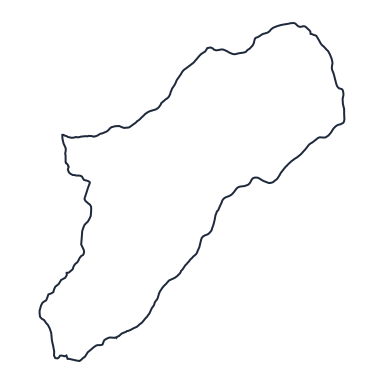 outline of Chomphet, Louangphrabang, Laos
{"feature_id": "54806243B51917372677648", "entity_name": "Chomphet", "entity_type": "district", "adm_level": 2, "iso_a3": "LAO", "parent_name": "Laos", "parent_adm1": "Louangphrabang", "projection": "equal_earth", "projection_center": [101.914, 19.859], "detail": "fine", "context": "isolated", "style": "outline", "palette": "slate", "viewbox_px": 384, "rotation_deg": 0, "n_neighbors": 0, "source": "geoboundaries", "source_scale": "gbopen_adm2", "svg_char_len": 5855}
<svg xmlns="http://www.w3.org/2000/svg" viewBox="0 0 384 384"><path d="M343.4,93.1L342.8,90.3L342.4,89.7L341.9,89.2L341.2,88.9L340.0,88.6L339.1,88.3L338.2,87.6L337.4,86.6L336.7,85.2L335.8,82.2L335.5,80.7L335.1,79.5L334.2,75.7L333.3,72.7L332.1,69.8L331.8,68.0L332.0,66.0L332.5,63.2L332.1,60.5L331.4,58.1L329.9,54.4L328.1,51.1L326.6,49.7L323.9,46.7L322.0,45.1L320.6,43.3L319.0,40.3L316.5,36.1L315.8,35.5L314.0,35.0L311.6,34.0L310.6,33.9L310.3,31.5L309.6,30.5L305.8,27.0L304.9,26.4L303.7,26.2L300.2,26.9L299.6,26.8L298.4,26.3L297.4,25.6L295.6,23.8L294.8,23.3L293.3,23.0L290.1,23.3L288.1,23.8L283.7,24.5L281.1,25.0L277.6,26.0L274.7,27.1L273.1,27.8L271.1,29.3L269.7,31.0L269.0,31.7L267.3,32.7L265.1,33.4L263.7,33.7L262.0,34.4L259.4,36.2L257.8,37.1L255.8,37.8L255.1,38.5L254.6,39.7L253.8,43.1L252.7,45.4L249.7,48.6L247.5,50.0L245.9,51.8L244.7,52.3L243.0,52.7L240.6,53.0L237.7,53.5L235.8,54.1L234.5,54.2L233.0,54.1L229.7,52.8L227.0,51.2L224.6,50.1L223.2,49.6L222.1,49.4L220.6,49.6L217.0,50.3L215.6,50.2L213.8,49.5L213.1,48.7L212.5,48.3L211.5,47.8L210.3,47.5L207.3,48.1L206.9,48.6L206.6,49.4L205.1,51.5L204.5,52.0L203.3,52.6L201.0,54.2L199.5,55.7L193.8,62.4L192.7,63.4L191.5,64.2L189.5,65.8L183.8,70.0L182.7,71.2L181.7,72.7L180.9,74.2L177.1,79.6L176.6,80.4L175.5,83.2L174.3,85.4L172.0,88.7L171.8,89.5L171.1,91.1L170.8,91.7L170.2,93.9L169.6,95.3L168.9,96.6L168.4,97.3L167.9,97.7L167.2,98.4L165.6,99.4L164.3,100.5L163.9,101.0L163.3,101.3L162.6,102.1L161.6,102.8L161.3,103.1L160.7,104.6L158.8,107.3L157.5,108.4L155.6,109.5L151.5,110.7L150.3,111.0L147.5,112.3L146.6,113.1L145.5,113.7L145.1,114.0L144.6,114.6L143.0,116.2L141.4,117.6L140.7,118.4L139.0,120.0L136.9,121.4L136.5,122.0L134.8,123.4L133.4,124.3L131.7,125.6L129.4,127.2L128.6,127.5L127.3,127.7L126.7,127.6L125.1,127.9L124.5,127.8L123.9,127.9L122.6,127.4L121.9,127.2L119.2,126.0L118.7,126.0L117.0,126.2L116.4,126.1L114.3,126.4L112.8,126.9L111.9,127.0L111.3,127.4L110.5,127.8L108.8,129.7L107.3,131.1L106.0,131.8L102.0,133.5L100.8,133.6L100.1,133.9L97.0,135.8L96.1,136.0L95.2,136.4L94.6,136.4L93.8,136.7L93.4,136.5L92.6,136.4L92.0,136.1L89.1,135.9L88.7,135.9L87.3,136.4L86.1,136.1L85.1,136.3L84.4,136.2L83.0,136.5L81.4,136.5L79.8,137.0L78.2,137.3L77.3,137.3L76.2,137.0L75.2,137.2L73.9,137.6L71.7,137.8L68.0,137.0L67.0,136.4L66.2,136.0L64.7,135.6L63.5,134.9L62.7,134.8L62.3,134.9L62.4,138.1L63.0,141.4L63.7,143.8L65.0,146.6L65.8,148.7L65.6,151.6L65.2,153.3L65.6,155.8L65.6,161.5L65.7,161.8L65.6,162.1L66.0,162.6L66.0,163.2L67.1,163.9L67.7,164.7L67.9,165.1L68.0,165.7L68.0,165.8L68.4,166.0L68.6,166.6L68.7,167.0L68.1,168.5L67.9,169.4L68.0,170.0L68.6,171.4L68.6,171.9L69.0,172.5L70.6,173.9L72.8,175.0L74.8,175.1L76.5,175.6L78.5,175.5L80.9,175.9L82.1,176.8L83.0,178.5L84.1,180.0L86.0,180.4L88.2,181.1L89.7,182.1L89.8,183.0L88.0,187.8L85.5,195.6L84.7,198.0L84.5,199.1L85.5,201.0L87.9,203.1L90.0,204.7L91.1,206.7L91.2,209.0L91.0,213.2L90.7,216.1L88.9,219.9L87.6,221.9L85.9,223.4L84.6,224.8L83.5,227.2L82.2,231.2L81.9,235.7L81.2,244.5L83.7,249.8L84.1,252.0L83.7,253.8L82.9,255.1L81.2,256.0L79.6,258.0L78.5,260.4L77.3,262.3L75.2,264.0L73.8,265.9L72.6,269.4L68.6,272.7L66.6,272.8L66.8,275.1L65.2,277.8L61.1,280.0L58.7,284.0L55.3,286.7L54.1,289.3L53.3,292.2L50.8,293.6L48.4,294.4L47.4,297.3L46.2,300.3L44.8,301.1L42.5,302.7L41.1,305.4L39.6,310.6L39.6,313.8L40.1,316.9L41.7,318.7L44.2,320.2L46.1,323.0L48.0,325.1L49.7,328.4L51.2,332.9L51.9,340.2L52.6,343.6L53.3,346.7L54.2,351.6L54.0,355.6L55.3,358.1L57.6,358.4L59.0,357.3L60.0,355.7L62.0,355.6L64.7,356.3L66.4,355.5L67.6,358.9L69.3,358.9L76.3,360.5L79.6,361.0L81.4,359.6L83.6,357.5L84.4,357.3L85.5,355.9L87.7,352.3L93.9,347.1L96.1,345.6L97.6,345.1L100.4,345.1L101.6,344.9L102.5,344.6L103.1,343.1L103.8,341.0L104.6,339.9L107.0,338.5L109.2,337.6L110.6,337.5L114.3,337.8L115.9,337.4L116.3,337.9L117.3,336.7L119.0,336.0L120.7,334.4L122.0,333.4L123.4,332.8L125.4,332.1L126.3,331.6L126.6,331.3L127.2,331.0L128.1,330.9L130.2,330.1L133.3,328.4L136.8,326.8L137.6,326.2L139.8,324.2L141.5,323.0L142.3,322.2L146.0,317.7L146.5,317.3L146.9,316.9L148.4,314.7L149.3,313.7L151.8,308.2L153.8,305.4L154.2,304.7L154.3,303.9L154.8,302.4L156.0,300.6L157.0,299.5L157.6,298.3L157.9,297.2L158.5,295.5L158.9,293.7L160.2,291.0L161.8,288.7L162.7,287.3L163.2,286.9L163.6,286.3L164.1,285.7L166.0,284.0L167.1,282.6L168.0,281.7L168.7,280.7L169.6,280.2L173.8,278.3L175.1,277.6L177.3,276.0L180.1,273.1L180.7,272.0L181.1,270.9L182.5,269.5L185.4,265.2L186.4,264.3L187.7,262.7L189.3,261.0L189.6,260.4L190.2,259.7L191.1,258.8L191.8,258.2L193.5,256.3L194.6,255.5L195.8,254.4L196.4,253.7L197.0,252.8L197.1,252.2L199.4,247.0L201.0,240.2L201.7,238.0L203.3,236.2L204.3,235.8L205.0,235.3L206.6,234.8L208.3,234.0L209.5,232.9L211.1,231.0L211.8,229.7L212.1,228.3L213.2,225.5L213.9,223.0L214.7,219.6L215.4,215.7L215.6,214.9L216.5,212.8L216.8,211.6L218.2,210.2L220.2,205.5L221.4,203.1L222.1,201.0L222.7,199.9L223.4,199.0L224.4,198.1L225.2,197.6L226.0,197.2L229.5,195.9L231.3,194.8L232.8,193.4L234.4,191.5L236.4,188.7L237.7,187.5L239.6,186.7L242.2,186.3L243.9,186.2L246.7,185.3L247.9,184.8L249.1,183.9L250.2,182.5L251.1,180.7L251.9,179.4L252.7,178.4L254.5,177.6L256.6,177.6L257.8,177.7L259.2,178.4L261.6,179.9L263.6,181.0L267.9,182.7L269.1,183.0L270.2,183.0L272.5,182.4L273.8,181.6L274.5,180.9L276.4,179.5L277.3,178.7L279.5,175.3L280.8,172.9L285.5,166.9L287.0,165.6L287.6,164.8L291.1,161.5L295.1,158.5L296.7,157.6L300.5,154.6L302.4,152.6L303.6,151.2L304.8,150.0L306.8,147.5L308.4,145.4L309.2,144.5L310.5,143.5L312.1,142.6L313.2,141.8L317.7,138.2L318.8,137.6L319.9,137.3L322.6,137.5L325.1,137.5L326.0,137.1L328.3,135.6L329.9,133.9L331.2,132.2L332.6,129.9L333.7,128.3L335.7,126.3L337.9,124.9L340.5,124.3L343.0,123.0L343.6,122.4L344.0,121.4L344.4,119.3L344.4,118.4L344.3,117.3L344.1,112.8L344.2,111.2L344.0,110.2L344.2,109.4L342.9,103.9L342.6,98.9L343.4,95.4L343.4,93.1Z" fill="none" stroke="#1e293b" stroke-width="2"/></svg>